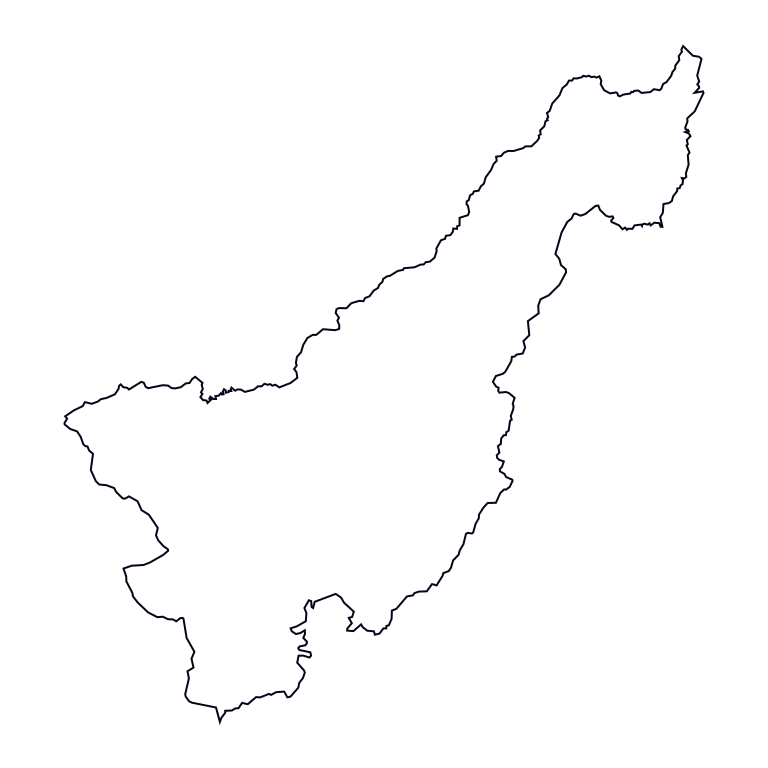 the district of Chat Trakan, Phitsanulok, Thailand
{"feature_id": "78962969B67438013372379", "entity_name": "Chat Trakan", "entity_type": "district", "adm_level": 2, "iso_a3": "THA", "parent_name": "Thailand", "parent_adm1": "Phitsanulok", "projection": "orthographic", "projection_center": [100.699, 17.422], "detail": "fine", "context": "isolated", "style": "outline", "palette": "ink", "viewbox_px": 768, "rotation_deg": 0, "n_neighbors": 0, "source": "geoboundaries", "source_scale": "gbopen_adm2", "svg_char_len": 6051}
<svg xmlns="http://www.w3.org/2000/svg" viewBox="0 0 768 768"><path d="M662.4,226.8L660.2,217.2L662.8,212.9L663.5,204.0L668.8,203.1L671.8,201.1L673.2,196.2L677.2,191.0L677.3,188.5L679.7,188.1L680.6,185.4L682.5,184.2L683.0,180.4L681.9,178.0L684.5,178.4L686.3,176.9L685.9,173.3L688.6,164.6L687.8,155.2L689.5,152.5L686.5,145.5L687.8,144.2L686.8,140.0L690.5,136.1L688.7,133.4L685.4,132.1L688.7,131.2L687.9,129.8L685.7,129.5L685.2,127.7L687.5,121.4L687.2,118.4L694.7,111.4L703.5,93.0L703.0,91.4L694.6,92.8L699.1,88.0L699.1,86.4L697.3,84.4L699.2,81.6L697.2,75.6L701.5,58.9L699.1,56.8L692.8,55.7L683.1,46.1L681.4,49.5L681.9,51.7L678.7,56.2L679.3,60.2L675.3,65.6L675.2,68.6L672.4,72.1L671.2,75.8L666.5,82.1L663.1,84.0L661.3,88.7L659.6,90.2L653.9,89.2L650.3,92.1L641.5,92.9L638.2,90.5L634.2,90.9L633.0,92.1L631.5,91.8L630.2,93.5L623.3,94.6L619.9,96.3L618.0,95.5L617.5,93.4L616.0,92.4L610.1,93.4L604.1,90.2L600.7,84.2L601.3,80.6L599.4,76.3L596.5,77.6L594.4,76.6L591.2,77.1L589.0,75.7L586.4,76.5L583.2,75.8L581.9,77.2L576.7,78.5L573.6,78.3L572.1,80.5L569.0,80.6L566.7,84.6L562.4,88.1L559.5,95.3L552.2,103.6L549.7,110.9L547.0,112.9L548.2,117.1L547.0,118.8L547.7,120.2L545.5,121.3L544.3,126.3L540.1,130.5L540.7,134.2L538.7,135.6L539.2,137.9L537.1,141.0L531.4,146.3L525.2,146.4L523.3,148.1L513.5,151.0L508.1,150.9L504.0,152.7L501.0,156.0L496.1,156.7L496.7,160.8L493.7,163.8L491.1,169.9L485.7,177.3L483.9,183.6L480.9,186.3L478.6,190.7L473.9,191.4L472.7,193.9L470.2,195.2L468.7,200.2L466.7,201.4L466.6,204.4L467.9,205.6L469.2,212.0L467.9,215.2L459.6,217.8L459.6,225.4L457.2,226.2L457.0,228.9L453.3,228.5L452.8,231.8L450.4,235.1L445.9,235.8L445.1,238.8L440.9,240.3L436.3,248.7L436.7,251.0L434.6,257.6L429.9,261.6L425.8,262.2L423.6,264.5L420.5,264.6L414.5,267.3L404.0,268.2L403.0,269.9L397.9,270.9L389.8,275.9L387.1,276.3L383.1,279.0L382.5,281.7L379.1,285.0L378.1,287.9L373.7,290.6L369.5,296.3L365.1,298.0L363.5,301.2L359.4,300.8L351.3,303.2L346.5,308.2L338.9,308.1L336.5,309.2L335.7,313.0L339.0,317.8L337.4,320.5L339.3,325.3L339.2,328.9L335.3,330.2L323.0,329.2L316.2,334.9L312.6,334.9L307.4,338.0L303.3,344.8L301.0,352.3L296.9,357.0L295.9,362.8L296.7,365.5L294.1,369.0L296.5,372.2L297.3,377.8L290.5,383.0L279.3,387.4L275.4,384.7L272.4,385.7L270.2,384.1L267.8,384.8L264.4,383.8L261.6,386.3L258.0,386.3L254.0,389.6L244.9,391.9L240.9,389.6L237.6,389.4L235.1,390.7L231.5,387.6L230.7,389.3L231.3,391.0L228.7,390.9L228.7,392.0L225.8,392.7L225.6,390.2L224.0,389.2L222.9,391.4L223.5,394.3L221.9,394.5L221.0,393.1L218.7,395.7L215.4,396.1L216.0,399.0L213.5,399.0L210.3,396.7L209.3,398.7L211.1,399.6L207.5,403.0L206.5,400.5L203.1,400.1L200.4,397.2L202.4,393.9L201.0,392.3L202.8,389.0L201.7,384.8L202.5,382.9L195.2,376.8L192.1,379.1L189.5,383.0L185.8,383.4L180.8,387.2L175.1,388.4L171.6,388.1L168.1,385.6L162.8,385.2L148.1,388.2L145.6,386.7L143.8,382.7L141.2,381.9L129.0,389.5L127.2,387.8L123.3,387.2L120.7,384.4L119.1,385.8L118.5,389.0L114.9,394.3L106.7,397.9L100.8,399.2L97.8,401.6L91.7,403.8L84.9,402.1L82.7,406.1L74.0,410.3L65.2,416.3L67.1,418.6L64.5,423.0L64.7,424.5L70.4,429.1L77.0,431.3L80.7,436.9L83.3,444.2L85.2,446.1L87.5,446.5L89.2,450.6L93.0,453.8L90.8,470.0L95.8,481.1L99.2,484.5L106.4,485.2L114.2,488.1L116.3,492.1L122.7,498.4L125.1,498.6L129.0,496.4L137.6,501.3L141.5,510.1L148.9,514.8L157.8,527.9L156.0,535.3L158.2,540.3L163.4,546.1L167.9,549.3L168.1,550.8L163.2,554.9L149.8,562.6L143.5,565.0L131.8,565.7L123.5,568.5L126.2,576.5L126.4,581.5L132.3,592.7L133.0,596.4L137.7,602.5L148.1,612.4L157.4,617.2L162.8,616.7L168.0,619.2L172.9,619.4L176.3,621.3L180.2,618.2L182.6,617.9L183.5,618.8L186.6,637.9L194.4,651.8L191.5,658.7L193.5,667.5L187.5,671.3L188.9,678.4L185.2,694.3L185.7,696.5L189.0,701.2L192.0,702.7L216.0,707.5L219.9,721.9L221.3,717.9L225.2,712.8L225.2,710.8L231.9,710.5L235.3,708.4L238.5,708.2L242.1,702.9L247.8,704.2L256.1,697.1L260.2,697.4L269.0,693.9L271.1,694.9L276.1,692.2L284.2,691.6L287.4,697.3L290.4,696.7L298.3,687.7L299.3,682.8L303.0,678.0L304.8,672.5L304.1,670.5L297.2,662.7L298.6,655.7L303.2,655.6L309.5,657.5L311.1,655.6L310.3,652.3L299.4,650.0L298.2,648.1L299.7,646.4L305.3,645.3L306.9,643.2L306.9,641.7L303.3,637.9L305.0,634.0L304.8,630.3L300.2,633.1L295.9,634.0L291.8,631.3L290.6,628.3L296.7,626.4L305.8,621.2L306.4,613.1L304.4,608.0L308.9,600.3L311.2,601.1L311.6,606.9L313.1,608.0L314.7,601.8L335.7,593.9L341.1,597.6L344.1,602.8L353.8,611.6L352.2,616.9L348.8,617.9L351.8,623.2L347.3,628.5L347.1,630.6L353.4,631.1L361.1,624.4L362.7,627.1L367.2,630.7L373.9,631.3L374.9,634.7L379.5,633.6L383.4,628.4L386.2,628.4L386.4,626.0L388.8,625.3L391.6,618.9L391.9,610.6L396.4,608.8L407.0,596.4L412.9,595.4L414.3,593.2L418.8,591.6L426.8,591.3L432.0,584.1L436.6,585.4L442.7,575.6L443.2,573.2L448.7,571.1L451.0,567.7L453.1,560.4L458.5,554.9L459.8,550.3L463.4,544.3L466.0,533.8L468.0,532.9L472.0,533.5L473.2,532.4L475.7,523.6L478.8,518.3L479.0,514.6L483.3,507.8L487.6,503.0L495.9,502.8L500.3,493.0L504.2,489.4L506.1,489.6L509.7,486.9L512.6,480.8L512.3,479.7L506.2,477.1L504.4,473.9L500.0,471.4L499.8,469.1L502.0,466.8L503.8,461.4L499.3,459.9L497.2,458.0L496.8,455.3L499.4,452.6L497.9,446.1L500.8,443.9L501.2,438.5L503.7,435.3L505.9,435.1L506.4,432.1L508.6,430.7L510.1,420.6L511.7,419.8L510.8,415.9L513.1,409.6L513.6,406.2L512.7,403.9L514.6,397.8L509.0,393.1L506.0,392.0L499.3,392.7L498.2,390.8L498.6,387.8L496.0,386.4L492.9,381.8L495.9,376.0L502.9,373.8L505.4,371.6L511.3,361.1L511.9,356.8L514.5,356.6L516.6,354.6L522.7,353.5L525.1,347.6L523.4,341.1L529.3,335.2L527.9,321.1L538.7,313.3L538.2,305.8L540.5,299.3L548.8,295.3L559.4,284.8L566.1,272.3L565.7,269.2L561.0,265.1L559.3,258.8L555.4,254.0L561.6,232.4L567.3,221.9L571.5,218.6L573.7,214.1L575.6,213.6L580.6,215.7L585.3,214.0L595.6,205.9L598.3,205.6L600.0,209.9L606.1,215.8L609.0,216.8L612.6,216.4L613.4,218.1L611.1,220.6L611.6,222.0L619.0,225.3L622.5,229.3L625.1,227.6L626.9,229.8L628.2,228.7L632.5,228.8L634.5,225.4L641.0,224.6L642.0,226.0L642.3,224.6L644.1,223.7L647.9,224.6L649.5,223.3L650.7,225.4L654.4,222.7L659.3,223.2L660.6,226.8L662.4,226.8Z" fill="none" stroke="#020617" stroke-width="2"/></svg>